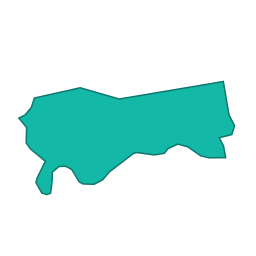 Decatur, Tennessee, United States of America (Mercator projection), rotated 78°
{"feature_id": "52423323B19085633928803", "entity_name": "Decatur", "entity_type": "district", "adm_level": 2, "iso_a3": "USA", "parent_name": "United States of America", "parent_adm1": "Tennessee", "projection": "mercator", "projection_center": [-88.063, 35.615], "detail": "fine", "context": "isolated", "style": "filled", "palette": "teal", "viewbox_px": 256, "rotation_deg": 78, "n_neighbors": 0, "source": "geoboundaries", "source_scale": "gbopen_adm2", "svg_char_len": 665}
<svg xmlns="http://www.w3.org/2000/svg" viewBox="0 0 256 256"><g transform="rotate(78 128 128)"><path d="M79.2,213.3L87.8,218.3L93.8,225.9L95.6,232.7L106.4,227.1L121.4,230.7L128.2,227.8L143.3,215.8L157.7,227.0L162.1,229.4L173.7,225.8L176.2,221.4L175.7,217.3L163.9,213.2L155.5,211.2L151.4,203.8L152.2,197.3L157.0,191.6L170.6,186.9L173.4,183.6L176.0,172.9L173.4,163.5L167.2,155.6L154.3,128.6L153.7,125.0L159.8,107.9L160.3,97.7L156.4,92.9L154.1,82.5L158.9,73.4L170.3,62.7L174.0,55.0L177.3,38.6L165.4,38.3L156.5,40.7L156.0,27.8L148.0,23.3L136.2,26.5L102.3,25.1L101.8,38.1L97.8,130.7L78.7,166.4L79.2,213.3Z" fill="#14b8a6" stroke="#0f766e" stroke-width="1.5"/></g></svg>